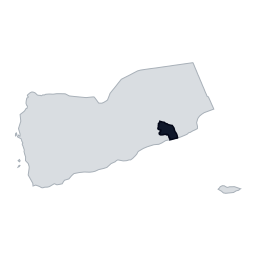 location of Al Masilah, Al Mahrah, Yemen
{"feature_id": "15242507B86858383588753", "entity_name": "Al Masilah", "entity_type": "district", "adm_level": 2, "iso_a3": "YEM", "parent_name": "Yemen", "parent_adm1": "Al Mahrah", "projection": "mercator", "projection_center": [50.513, 15.552], "detail": "fine", "context": "in_parent", "style": "filled", "palette": "ink", "viewbox_px": 256, "rotation_deg": 0, "n_neighbors": 0, "source": "geoboundaries", "source_scale": "gbopen_adm2", "svg_char_len": 5737}
<svg xmlns="http://www.w3.org/2000/svg" viewBox="0 0 256 256"><path d="M213.8,109.1L204.3,112.6L201.8,114.2L199.5,116.1L197.8,118.5L196.6,122.7L197.5,126.5L197.4,128.6L195.0,129.9L192.7,130.9L190.2,132.4L188.6,132.8L187.4,134.0L185.9,134.8L180.6,137.0L174.8,138.6L165.6,140.6L162.1,142.8L158.8,144.3L153.9,144.7L147.2,146.8L143.4,148.4L138.8,151.1L137.8,152.0L136.9,153.9L135.5,155.6L132.7,158.4L130.6,159.9L129.2,159.9L126.5,160.7L123.2,160.9L117.8,159.9L116.4,160.6L115.3,161.7L111.1,163.6L106.9,167.4L103.8,168.4L98.7,169.6L95.2,171.2L92.8,171.8L89.8,172.2L84.2,172.0L78.8,172.6L73.9,173.6L71.6,175.7L68.9,178.9L64.6,180.2L63.6,181.4L62.2,183.8L59.4,184.4L56.9,184.8L54.3,183.7L49.4,186.6L47.6,187.1L44.8,187.2L42.8,187.8L41.4,187.6L39.6,186.5L35.8,185.1L33.0,186.0L32.8,183.3L28.2,175.0L29.2,167.8L29.2,166.8L28.3,163.6L25.5,160.6L25.6,156.9L24.7,154.2L24.0,151.4L24.2,150.7L24.3,150.0L22.9,145.8L22.4,144.9L22.2,144.0L22.7,143.4L22.7,142.6L21.9,141.3L21.1,138.8L17.4,136.8L18.2,135.0L18.9,135.6L19.9,136.2L20.1,135.0L20.1,134.1L18.5,128.6L20.8,121.2L20.1,114.5L23.6,111.8L24.5,111.0L25.0,110.3L25.8,108.8L27.0,108.3L27.4,106.7L27.3,105.9L26.6,105.2L26.0,103.3L26.2,101.0L26.4,100.0L26.8,98.1L28.0,97.5L28.3,96.9L27.4,95.8L27.4,95.1L29.5,93.2L30.4,92.6L31.7,92.0L32.8,92.0L34.0,92.4L35.1,92.9L36.2,93.9L37.3,95.0L39.0,95.4L40.2,95.3L41.1,95.8L41.9,95.5L42.8,94.9L44.3,95.0L45.6,94.3L49.4,94.0L53.0,94.2L56.7,93.7L60.5,93.7L64.3,93.8L65.1,93.8L66.0,94.2L69.2,95.9L71.6,96.2L76.5,96.7L81.7,97.2L86.2,97.6L90.0,97.2L93.2,96.9L94.1,97.0L95.0,98.0L96.9,100.6L98.7,103.1L101.9,103.2L103.9,102.3L106.1,101.0L107.5,100.0L109.1,96.0L110.1,93.3L112.4,90.4L114.4,88.0L117.0,84.7L118.4,82.9L121.3,79.3L124.0,77.9L129.2,75.3L134.3,72.6L137.6,70.9L140.5,70.1L145.2,69.4L150.8,68.6L156.4,67.9L162.4,67.0L169.0,66.1L173.6,65.4L179.4,64.6L184.2,63.9L188.5,63.3L192.9,62.7L193.8,64.6L194.6,66.6L195.4,68.6L196.3,70.6L197.1,72.6L197.9,74.6L198.8,76.6L199.6,78.5L200.4,80.5L201.3,82.5L202.1,84.5L202.9,86.4L203.8,88.4L204.6,90.4L205.4,92.4L206.3,94.3L207.1,96.3L208.4,96.9L209.2,98.7L210.4,101.3L211.5,103.9L212.7,106.5L213.8,109.1ZM226.6,187.2L227.7,187.4L229.5,186.8L234.5,186.7L240.6,188.8L239.5,189.4L238.8,190.2L236.1,190.9L233.5,192.5L225.7,193.3L223.4,192.9L221.6,191.3L218.1,189.2L219.5,187.9L219.8,187.3L220.3,186.7L222.3,185.7L224.2,185.8L226.6,187.2ZM19.8,161.4L19.6,161.8L19.3,161.7L18.1,160.7L19.4,159.5L20.1,160.6L19.8,161.4ZM16.1,135.5L15.5,135.9L15.4,135.1L15.7,133.4L16.4,132.9L16.8,134.2L16.5,134.9L16.1,135.5ZM19.3,166.6L18.0,167.2L18.9,165.6L19.7,165.3L20.0,165.4L19.3,166.6Z" fill="#d9dde1" stroke="#a8b0b8" stroke-width="1"/><path d="M159.2,133.0L159.2,133.3L159.2,133.6L159.2,133.8L159.3,133.9L159.4,134.1L159.5,134.3L159.8,134.4L159.9,134.5L160.0,134.4L160.0,134.5L160.3,134.7L160.4,134.8L160.5,134.8L160.8,134.9L161.0,134.9L161.4,134.8L161.5,134.8L161.9,134.9L162.0,134.9L162.3,134.8L162.5,134.8L162.6,134.7L162.9,134.7L163.1,134.7L163.4,134.7L163.5,134.7L163.8,134.6L163.9,134.4L164.0,134.4L164.3,134.4L164.5,134.4L164.8,134.4L165.0,134.3L165.2,134.2L165.3,134.2L165.7,134.3L165.8,134.3L166.0,134.3L166.1,134.5L166.3,134.7L166.5,134.7L166.5,134.8L166.9,134.8L167.0,134.9L167.3,134.8L167.5,134.8L167.5,134.7L167.6,134.8L167.8,134.9L168.0,134.8L168.1,135.0L168.2,135.3L168.3,135.4L168.4,135.5L168.5,135.6L168.5,135.8L168.6,136.0L168.8,136.1L168.8,136.3L168.8,136.5L168.9,136.8L168.9,137.0L169.0,137.0L169.1,137.3L169.3,137.5L169.5,137.6L169.4,137.8L169.4,138.0L169.4,138.3L169.6,138.4L169.7,138.6L169.8,138.7L169.9,138.8L170.0,139.1L170.1,139.3L170.1,139.5L169.9,139.7L169.9,139.8L170.4,139.7L170.6,139.7L170.8,139.6L171.0,139.6L171.4,139.5L171.8,139.4L172.2,139.3L172.3,139.2L172.5,139.1L172.8,139.1L173.0,139.1L173.3,139.0L173.5,138.9L173.9,138.8L174.1,138.8L174.2,138.7L174.3,138.7L174.5,138.6L175.5,138.4L175.9,138.3L176.0,138.3L176.2,138.2L176.3,138.2L176.5,138.2L176.8,138.2L177.0,138.1L177.3,138.0L177.5,138.0L177.6,137.9L177.3,136.3L177.2,135.9L176.9,134.8L176.4,133.6L175.8,132.6L175.2,131.8L174.9,131.5L174.9,131.4L174.5,130.1L174.2,128.9L174.0,128.1L173.5,127.3L173.1,126.7L172.5,125.9L172.1,125.4L171.9,125.4L171.6,125.4L171.3,125.4L171.1,125.3L170.9,125.3L170.7,125.2L170.4,125.2L170.2,125.1L169.9,125.1L169.7,125.0L169.5,124.9L169.4,124.9L169.2,124.9L168.9,124.8L168.6,124.7L168.4,124.6L168.2,124.6L167.9,124.5L167.8,124.4L167.7,124.3L167.6,124.2L167.4,124.0L167.3,123.9L167.1,123.9L166.9,123.8L166.7,123.7L166.4,123.7L166.2,123.6L165.9,123.5L165.7,123.5L165.6,123.4L165.4,123.3L165.1,123.2L164.9,123.0L164.8,122.9L164.8,122.7L164.7,122.6L164.4,122.4L164.2,122.3L163.9,122.2L163.6,122.2L163.4,122.2L163.2,122.2L162.9,122.1L162.7,122.1L162.4,122.0L162.2,122.0L161.9,121.9L161.7,121.9L161.4,121.8L161.4,121.7L161.0,121.6L160.9,121.6L160.7,121.5L160.4,121.5L160.2,121.4L159.9,121.3L159.9,121.5L159.8,121.8L159.6,122.0L159.5,122.3L159.5,122.5L159.4,122.8L159.2,122.9L159.1,123.0L158.9,123.2L158.7,123.3L158.5,123.5L158.7,123.8L158.8,123.9L158.7,124.0L158.8,124.2L158.8,124.3L158.8,124.5L158.7,124.5L158.4,124.7L158.4,124.8L158.3,125.1L158.3,125.3L158.3,125.5L158.5,125.8L158.6,126.0L158.6,126.3L158.6,126.5L158.4,126.7L158.3,126.8L158.2,126.9L158.2,127.0L158.1,127.3L158.2,127.5L158.2,127.9L158.1,128.0L157.9,128.3L157.9,128.5L158.0,128.8L158.1,129.0L158.3,129.3L158.5,129.4L158.7,129.5L158.8,129.5L159.1,129.5L159.3,129.4L159.5,129.4L159.7,129.5L159.8,129.6L160.0,129.7L160.2,129.8L160.3,129.8L160.7,129.8L160.8,129.9L160.7,130.0L160.8,130.1L160.8,130.3L160.8,130.5L160.7,130.6L160.8,130.8L160.8,131.0L160.7,131.2L160.7,131.3L160.5,131.5L160.4,131.5L160.2,131.4L160.2,131.5L160.1,131.8L160.1,132.1L159.9,132.3L159.7,132.5L159.4,132.8L159.2,132.9L159.2,133.0Z" fill="#0f172a" stroke="#020617" stroke-width="1.5"/></svg>